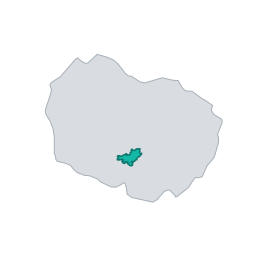 location of Studenichani, Studeničani, North Macedonia, rotated 218°
{"feature_id": "65306769B72053820604170", "entity_name": "Studenichani", "entity_type": "district", "adm_level": 2, "iso_a3": "MKD", "parent_name": "North Macedonia", "parent_adm1": "Studeničani", "projection": "albers", "projection_center": [21.452, 41.825], "detail": "fine", "context": "in_parent", "style": "filled", "palette": "teal", "viewbox_px": 256, "rotation_deg": 218, "n_neighbors": 0, "source": "geoboundaries", "source_scale": "gbopen_adm2", "svg_char_len": 2470}
<svg xmlns="http://www.w3.org/2000/svg" viewBox="0 0 256 256"><g transform="rotate(218 128 128)"><path d="M116.7,68.6L120.5,69.1L128.8,66.7L133.9,63.5L136.5,63.0L140.0,61.7L145.1,61.8L150.2,63.2L156.6,61.3L163.0,58.2L165.5,58.9L168.3,61.5L170.1,62.2L180.8,75.8L186.7,81.3L193.6,85.5L201.5,88.4L204.3,91.4L209.5,105.9L212.0,111.5L215.4,113.1L216.2,114.6L216.4,116.8L212.8,127.1L211.7,150.2L210.8,152.1L206.9,152.0L201.6,152.6L199.6,154.4L197.7,166.9L189.3,170.5L181.7,172.6L175.2,172.3L163.8,169.4L160.1,169.2L157.0,170.9L146.8,171.8L142.4,174.0L132.0,188.6L121.4,193.6L117.8,196.2L109.6,193.0L105.8,192.6L100.1,196.3L87.8,196.7L84.5,197.3L75.0,197.8L74.6,195.8L72.9,192.9L68.4,191.5L59.4,192.6L57.2,190.4L53.6,178.1L50.7,176.1L47.5,171.9L42.2,158.5L42.1,152.6L42.5,147.5L39.6,135.4L41.5,132.4L44.4,130.5L44.4,125.7L43.7,118.3L47.2,104.0L48.1,102.9L48.9,103.6L56.9,104.8L59.0,103.0L60.4,100.2L60.9,89.6L62.8,84.8L82.2,75.6L87.9,75.3L92.2,79.6L95.7,82.3L97.8,82.2L98.5,79.5L100.9,74.2L104.8,71.2L116.6,68.6L116.7,68.6Z" fill="#d9dde1" stroke="#a8b0b8" stroke-width="1"/><path d="M111.9,113.7L111.9,112.7L111.4,112.0L111.1,111.9L110.9,111.3L110.5,111.1L111.1,110.1L110.3,108.9L110.2,107.8L111.8,106.7L112.2,105.7L112.9,106.7L113.4,106.7L113.9,106.3L113.8,105.6L114.1,104.9L115.0,104.0L115.0,103.2L116.0,101.5L117.0,101.2L117.4,100.8L117.8,100.8L118.9,99.9L118.8,99.0L118.5,99.0L118.4,99.4L118.2,99.5L117.2,98.8L117.4,98.5L117.3,97.7L117.0,97.4L117.4,97.1L117.4,96.9L116.7,96.4L116.0,97.0L115.5,97.7L115.2,97.4L114.8,97.7L114.5,98.4L113.7,99.4L113.0,99.4L112.9,99.6L112.7,99.2L112.0,99.8L111.9,99.6L112.1,99.3L112.2,98.2L111.5,98.4L110.9,97.4L109.8,97.5L109.2,97.8L109.3,98.0L109.1,98.7L109.3,99.1L109.0,99.1L109.2,99.5L108.9,99.5L108.9,100.0L108.4,100.1L108.2,100.6L107.9,100.3L107.4,100.4L107.1,100.7L107.1,100.2L106.8,100.1L106.6,99.7L106.4,99.8L106.0,99.7L105.9,100.0L105.5,100.2L104.1,99.5L102.6,99.9L101.9,100.6L101.6,101.4L102.0,102.3L102.5,102.5L102.6,102.9L103.3,103.2L104.1,103.0L104.0,102.7L104.5,103.6L104.4,104.1L103.0,104.2L102.8,104.4L102.7,105.5L102.4,105.8L102.2,107.9L101.9,108.7L101.7,108.7L102.2,109.5L102.3,110.4L101.8,112.3L101.5,112.4L101.3,112.8L101.5,113.9L101.2,114.8L101.4,115.2L101.3,115.9L101.6,116.4L102.6,115.7L103.3,115.5L103.9,116.0L104.2,117.0L105.0,117.3L105.1,117.6L105.8,118.9L106.9,117.9L107.6,117.7L107.9,116.7L108.4,116.7L109.2,114.1L110.4,113.5L111.4,113.8L111.9,113.7Z" fill="#14b8a6" stroke="#0f766e" stroke-width="1.5"/></g></svg>